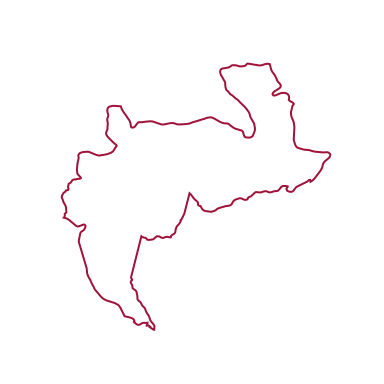 outline of Ucayali, rotated 104°
{"feature_id": "PER-583", "entity_name": "Ucayali", "entity_type": "Department", "adm_level": 1, "iso_a3": "PER", "parent_name": "Peru", "parent_adm1": "", "projection": "natural_earth1", "projection_center": [-73.422, -9.375], "detail": "fine", "context": "isolated", "style": "outline", "palette": "rose", "viewbox_px": 384, "rotation_deg": 104, "n_neighbors": 0, "source": "natural_earth", "source_scale": "10m", "svg_char_len": 6036}
<svg xmlns="http://www.w3.org/2000/svg" viewBox="0 0 384 384"><g transform="rotate(104 192 192)"><path d="M153.4,79.5L151.7,80.3L152.1,81.4L154.2,82.9L161.1,91.1L162.5,92.3L164.2,93.1L166.2,93.8L167.7,95.3L168.2,97.7L167.7,100.0L166.0,101.2L164.2,100.5L163.4,100.5L163.4,101.6L163.9,104.5L164.2,105.4L165.8,106.8L168.1,107.8L170.1,109.0L170.9,111.0L171.3,112.3L173.0,115.0L173.6,116.5L173.6,117.6L173.3,119.9L173.5,121.1L174.1,122.5L175.6,124.8L176.1,126.4L176.4,128.9L176.7,130.1L177.5,130.9L181.6,133.5L182.2,134.1L183.1,135.4L183.6,135.9L184.1,136.2L185.2,136.3L185.7,136.5L186.4,137.4L186.8,138.5L186.8,139.8L186.3,142.5L186.4,143.6L186.7,144.6L188.9,148.0L189.9,149.0L191.0,149.7L194.0,150.5L195.0,151.1L196.0,152.1L196.5,153.2L197.5,155.8L201.5,162.6L202.3,163.4L204.2,164.9L204.9,165.7L206.4,168.2L206.7,169.2L207.2,174.3L207.0,176.2L206.6,177.3L206.0,178.1L203.6,180.3L203.6,182.0L203.3,182.7L202.6,183.2L201.0,183.6L200.4,184.0L199.8,185.0L198.9,186.9L197.7,188.8L195.0,192.0L193.8,194.1L214.9,194.2L221.3,195.6L222.0,196.2L222.3,196.3L223.1,195.9L224.1,196.1L226.3,196.9L228.4,198.1L229.4,198.5L231.8,198.8L235.0,198.5L236.0,198.8L237.1,199.4L238.5,200.9L239.5,201.6L241.1,201.6L241.4,202.1L241.4,204.5L241.6,205.7L242.0,206.8L243.5,208.7L243.8,209.8L243.6,211.0L243.0,213.3L243.6,215.6L247.3,218.2L248.4,220.7L249.0,222.6L249.1,223.2L249.0,224.0L248.1,225.1L247.8,225.8L247.8,229.1L247.2,230.4L289.4,230.5L290.3,230.2L290.8,229.8L291.3,228.9L292.1,228.9L292.6,229.1L293.5,229.7L294.2,229.7L295.2,229.1L297.0,227.4L299.6,226.4L300.3,225.2L300.8,223.8L301.4,222.5L302.3,221.7L305.8,220.0L309.1,219.0L310.0,218.1L310.4,217.4L311.1,215.9L311.5,215.1L314.1,213.0L315.6,210.5L316.4,209.4L319.1,207.7L320.1,206.8L322.1,204.5L323.2,203.5L326.7,201.3L327.6,200.2L329.5,197.6L330.6,196.5L331.6,195.9L332.6,195.7L334.8,195.4L334.9,196.2L334.3,197.4L334.1,198.4L333.9,199.2L332.9,199.7L333.2,200.6L332.6,200.8L332.1,201.4L332.0,202.2L332.7,203.6L332.3,203.7L331.3,203.5L329.6,203.6L330.1,204.7L330.5,206.7L330.8,207.8L331.4,208.8L333.0,210.2L333.6,211.0L333.9,212.3L333.8,213.4L333.4,214.5L332.6,215.9L332.5,216.6L332.2,217.0L331.9,217.0L331.4,216.6L331.1,216.6L330.1,217.4L329.6,218.0L329.3,218.6L328.8,221.0L328.8,227.4L321.8,233.3L320.2,235.1L319.4,236.3L318.4,240.4L317.9,248.8L317.4,250.9L316.8,252.9L315.1,255.7L310.1,262.6L308.8,263.8L307.9,264.4L304.7,267.4L302.0,269.4L299.0,272.3L296.9,273.7L295.9,274.2L291.4,275.8L268.1,289.6L266.4,290.1L259.1,290.4L257.8,290.1L257.4,289.8L255.2,287.9L254.3,287.5L253.2,287.1L251.3,287.0L250.3,287.4L249.8,288.1L249.8,289.4L252.7,293.5L253.1,294.5L253.0,295.3L252.9,296.2L249.0,304.2L248.4,305.7L248.1,306.9L247.9,308.7L247.9,310.2L247.1,309.8L245.9,309.6L244.5,310.1L243.9,310.2L242.4,309.1L241.9,309.0L241.5,309.2L237.8,310.4L236.0,311.3L232.6,314.5L231.3,315.1L229.5,316.6L229.0,317.0L227.2,317.3L224.9,316.7L224.2,316.5L223.7,316.2L222.4,315.1L222.0,314.8L221.4,314.8L220.9,314.5L220.2,312.8L219.7,312.5L218.7,312.6L217.2,313.6L216.6,313.6L216.0,313.5L214.3,313.7L213.6,313.4L212.4,312.1L211.9,311.8L209.8,311.1L208.5,309.9L208.2,309.3L208.1,308.1L206.9,306.2L206.3,304.2L206.0,303.7L205.5,303.2L204.9,303.5L204.5,303.9L202.6,306.9L202.2,307.3L201.8,307.7L200.1,308.4L198.1,309.1L191.3,310.1L187.5,310.1L186.2,310.3L183.8,311.2L182.3,310.8L181.2,310.0L180.1,308.4L179.3,306.7L178.2,303.0L178.0,301.7L179.2,293.6L179.1,291.4L179.1,290.9L177.3,286.6L175.5,282.9L173.5,280.1L172.7,279.3L171.4,278.3L168.4,277.4L167.2,277.0L166.1,276.4L165.3,276.3L164.7,276.9L162.6,281.1L158.7,287.4L157.3,288.8L156.5,289.3L155.7,289.6L154.2,289.6L151.8,289.2L151.0,289.3L148.6,289.9L147.0,290.0L144.2,290.9L143.2,291.5L142.4,291.8L141.2,291.9L138.2,291.7L137.3,291.9L134.7,293.5L132.6,294.1L131.0,294.0L130.1,293.6L129.3,293.0L127.9,290.5L127.6,289.8L127.1,287.6L126.1,281.8L128.3,280.4L131.1,277.7L134.1,274.1L135.2,273.0L137.4,270.4L138.3,269.6L140.6,268.1L143.0,267.2L143.6,266.9L143.9,266.3L144.0,265.5L143.2,264.0L142.6,263.4L141.8,263.0L138.0,261.4L137.5,261.0L137.1,260.4L136.4,257.5L135.4,255.0L135.0,254.1L133.4,249.3L133.1,247.4L133.8,238.5L133.7,237.0L133.1,235.3L130.6,230.1L129.7,227.3L129.7,225.1L129.9,222.8L129.6,220.8L127.6,214.4L126.4,211.5L125.8,210.5L124.5,208.7L117.6,197.1L116.7,195.9L115.9,194.4L115.1,192.1L114.9,191.3L115.0,190.3L115.5,187.6L117.0,182.5L117.5,179.7L117.6,177.4L117.0,174.8L117.1,173.3L117.5,172.1L118.3,170.5L119.7,167.1L120.1,165.0L120.3,159.0L120.5,158.3L120.7,157.8L121.1,157.3L124.5,155.2L125.5,154.4L125.8,153.8L125.9,153.1L125.8,151.8L125.6,150.5L125.0,148.7L124.7,148.2L123.9,147.4L123.1,146.7L122.5,146.5L117.1,145.9L115.9,146.1L114.3,146.6L110.6,148.3L109.8,149.0L105.2,153.4L102.0,155.2L100.7,156.3L98.2,159.2L96.4,161.8L93.2,167.4L91.9,169.2L91.2,170.7L90.6,172.5L89.1,175.1L88.6,176.2L87.8,178.5L87.4,179.2L85.8,181.1L84.7,183.2L84.0,183.8L82.9,184.5L80.5,185.5L79.3,185.9L77.9,186.2L77.4,186.5L71.1,192.5L69.2,193.6L68.0,193.9L66.2,193.8L65.5,193.2L64.9,192.4L62.4,186.8L61.3,185.5L59.6,184.1L59.2,183.3L58.9,182.3L58.5,180.2L58.4,179.1L58.6,176.8L58.3,174.7L57.1,171.8L56.6,171.0L56.0,170.5L54.3,169.6L53.9,169.0L53.0,157.8L52.8,156.8L52.4,155.6L50.1,151.7L49.3,149.9L49.1,147.5L54.4,144.6L56.5,142.6L58.1,140.5L59.8,138.9L63.4,136.1L64.4,135.1L65.7,133.0L66.5,132.1L67.4,131.6L68.5,131.5L69.3,131.8L70.1,132.2L74.6,136.5L75.4,137.0L76.5,137.5L77.7,137.5L78.3,136.9L78.6,136.1L78.4,135.2L78.0,134.3L75.2,130.6L74.3,129.1L74.0,128.3L73.4,126.0L73.4,124.7L73.6,123.6L74.1,122.5L74.8,121.7L75.8,120.9L77.2,120.5L79.1,120.4L79.6,119.9L80.0,119.2L80.7,116.5L81.2,115.3L81.9,114.5L82.4,114.5L83.9,115.3L90.5,115.3L93.0,114.6L95.4,113.4L98.4,111.0L100.1,110.0L104.4,108.3L116.4,106.0L117.7,105.4L121.0,103.4L122.0,102.6L122.7,101.8L123.2,101.0L123.5,100.1L123.6,99.1L123.8,93.7L123.0,88.2L123.2,84.3L123.1,82.2L121.8,74.0L120.7,70.5L120.7,69.3L121.2,68.0L121.8,67.2L122.5,66.8L123.3,66.7L125.4,67.1L130.4,70.7L132.8,71.6L136.5,71.6L137.9,71.8L140.5,72.6L149.1,76.3L151.5,77.7L152.1,78.2L153.4,79.5Z" fill="none" stroke="#9f1239" stroke-width="2"/></g></svg>